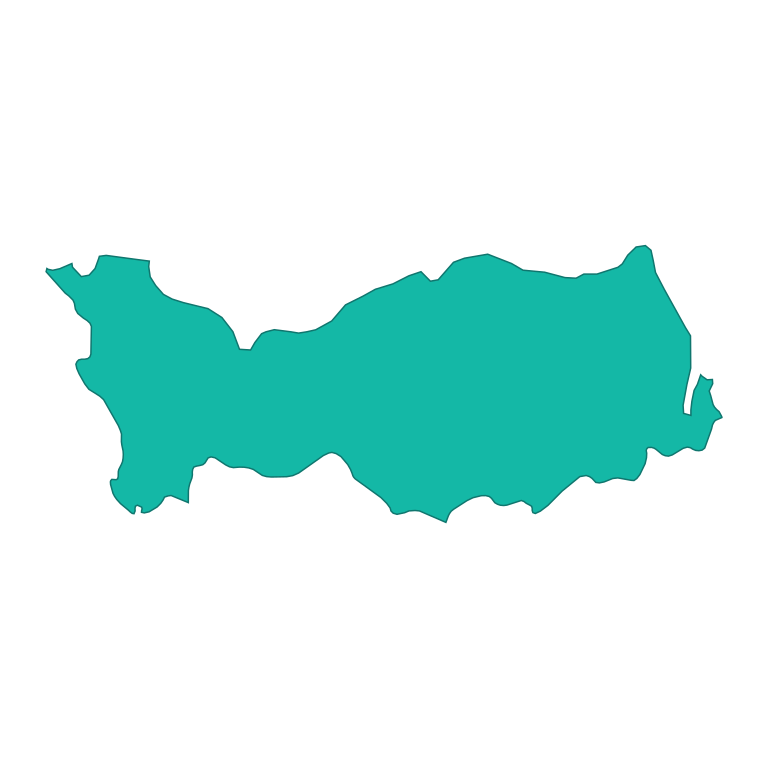 outline of Nicosia
{"feature_id": "CYP-3464", "entity_name": "Nicosia", "entity_type": "District", "adm_level": 1, "iso_a3": "CYP", "parent_name": "Cyprus", "parent_adm1": "", "projection": "orthographic", "projection_center": [33.02, 35.04], "detail": "fine", "context": "isolated", "style": "filled", "palette": "teal", "viewbox_px": 768, "rotation_deg": 0, "n_neighbors": 0, "source": "natural_earth", "source_scale": "10m", "svg_char_len": 3385}
<svg xmlns="http://www.w3.org/2000/svg" viewBox="0 0 768 768"><path d="M645.4,245.6L651.0,250.3L653.2,260.4L655.5,272.5L664.3,289.4L672.1,303.5L685.5,327.7L690.5,335.8L690.6,351.3L690.7,368.1L686.9,384.5L683.1,405.3L683.6,413.4L690.9,415.4L690.9,410.0L691.9,401.2L694.1,390.4L697.4,384.4L700.7,374.8L702.0,376.2L707.1,379.8L712.4,379.5L712.7,383.7L709.2,391.0L710.7,395.6L713.1,404.6L714.5,407.1L716.6,409.5L719.1,411.7L721.1,415.4L721.8,416.8L721.9,417.5L715.3,420.4L713.7,422.5L712.5,424.9L711.5,429.1L704.7,448.1L702.1,450.1L698.9,450.7L695.7,450.4L692.8,449.2L690.4,447.7L687.3,447.1L683.2,448.3L672.3,454.9L668.5,456.1L665.2,455.7L662.3,454.5L656.1,449.4L654.2,448.2L651.6,447.4L648.1,447.5L646.8,448.7L646.2,450.5L646.7,453.2L646.5,457.7L645.1,463.7L639.9,474.5L636.8,478.5L634.0,480.5L631.2,480.3L617.8,477.9L612.7,478.5L604.2,481.9L599.4,482.9L595.8,482.4L592.1,478.4L589.5,476.6L586.2,475.5L579.8,476.6L562.2,491.0L547.9,505.4L540.4,511.1L535.3,513.5L532.9,512.6L532.2,510.5L532.2,508.2L531.6,506.3L530.1,505.3L526.1,503.2L524.0,501.5L521.3,500.5L506.9,505.1L503.7,505.5L500.3,505.2L497.4,504.2L494.8,502.7L491.5,498.3L489.3,496.5L485.7,495.6L481.2,495.7L473.0,497.7L467.0,500.6L453.7,509.2L451.2,511.2L449.5,513.6L448.4,515.7L445.9,522.4L419.4,510.9L415.0,510.5L409.0,510.9L404.7,512.7L397.0,514.3L393.2,513.2L391.0,511.0L390.1,507.9L386.7,503.3L381.0,497.6L355.1,478.8L353.7,477.2L352.9,475.8L352.1,473.4L350.5,469.4L347.7,464.5L341.0,456.6L336.2,453.6L331.9,452.4L328.7,453.0L323.4,455.5L298.7,473.0L292.8,475.6L286.7,476.7L271.4,477.0L266.6,476.6L262.3,475.4L253.3,469.4L248.7,467.9L244.0,467.2L239.4,467.1L233.4,467.6L229.5,466.8L225.7,464.9L215.1,457.8L211.0,456.9L208.1,457.9L205.0,462.9L202.8,464.7L199.8,465.5L196.6,466.1L193.9,467.0L192.7,469.3L192.3,472.0L192.4,474.9L191.9,478.0L189.7,483.9L188.9,487.2L188.4,490.6L188.3,502.6L171.1,495.5L168.1,495.9L164.5,497.1L163.2,499.8L160.8,503.3L157.1,507.0L149.1,511.8L144.3,512.9L141.5,512.3L141.6,510.7L142.1,508.8L141.6,507.1L137.4,505.2L135.4,506.2L135.0,508.4L135.1,511.0L134.0,513.7L132.2,513.4L130.3,512.0L128.3,510.1L120.5,503.6L116.8,499.5L114.6,496.4L113.0,493.3L110.6,484.6L110.4,481.9L110.7,480.7L111.8,479.4L116.1,479.7L117.6,478.9L118.2,476.7L118.3,471.6L118.8,469.5L121.3,464.6L122.5,461.7L123.1,458.2L123.3,454.5L123.1,451.0L121.8,444.8L121.4,441.7L121.5,434.0L120.3,430.2L118.3,425.5L103.6,399.6L99.7,396.1L88.9,389.3L84.8,383.9L79.1,373.8L76.8,368.5L75.9,364.2L77.0,361.7L78.7,359.9L81.7,359.2L84.8,359.2L87.8,358.6L89.9,356.9L90.9,354.1L91.4,326.4L90.0,323.2L87.1,320.5L83.4,318.1L77.8,313.5L75.4,309.2L74.4,303.3L73.0,300.1L68.7,295.8L65.2,293.1L46.1,271.7L46.9,268.5L48.1,269.3L52.7,270.3L59.8,268.7L71.9,263.5L72.5,267.2L81.3,276.6L89.1,275.2L95.1,268.5L98.5,259.1L99.4,256.3L106.2,255.4L112.9,256.3L135.3,259.3L149.3,261.1L148.7,266.6L150.2,276.9L155.7,285.6L163.4,294.4L172.2,299.1L183.3,302.6L208.1,308.7L221.9,317.5L232.9,331.7L239.5,349.3L250.6,350.0L254.9,342.5L261.6,333.7L266.0,331.8L274.3,329.7L290.8,331.8L298.6,333.1L306.8,331.8L315.7,329.8L331.7,321.0L345.5,304.9L363.1,296.1L375.3,289.3L392.9,283.9L408.9,275.8L421.0,271.7L430.4,281.2L438.2,279.8L453.5,262.3L464.5,258.2L487.7,254.2L511.5,263.5L523.0,270.2L544.6,272.2L565.0,277.6L576.1,278.2L583.8,274.1L596.9,274.1L617.9,267.3L622.3,263.9L627.8,255.1L636.1,247.0L645.4,245.6Z" fill="#14b8a6" stroke="#0f766e" stroke-width="1.5"/></svg>